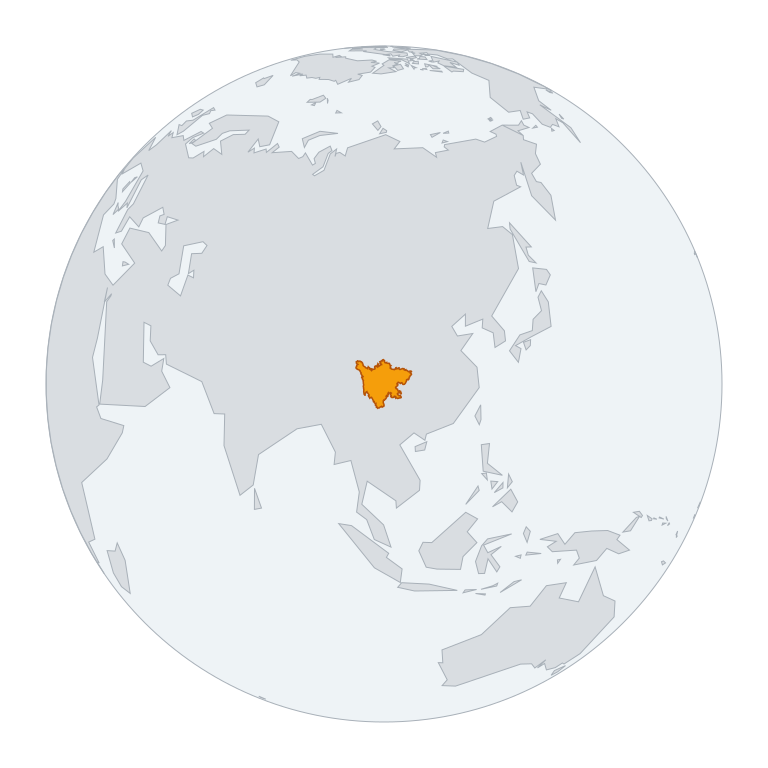 the Earth from above Sichuan
{"feature_id": "CHN-1809", "entity_name": "Sichuan", "entity_type": "Province", "adm_level": 1, "iso_a3": "CHN", "parent_name": "China", "parent_adm1": "", "projection": "orthographic", "projection_center": [103.034, 30.167], "detail": "fine", "context": "on_globe", "style": "filled", "palette": "amber", "viewbox_px": 768, "rotation_deg": 0, "n_neighbors": 0, "source": "natural_earth", "source_scale": "10m", "svg_char_len": 17228}
<svg xmlns="http://www.w3.org/2000/svg" viewBox="0 0 768 768"><circle cx="384" cy="384" r="338" fill="#eef3f6" stroke="#a8b0b8"/><path d="M700.4,501.7L699.8,503.5L699.6,504.0L700.4,501.7ZM544.2,86.5L545.7,87.4L548.6,89.2L533.9,87.2L538.7,100.7L551.2,110.3L539.8,104.8L570.9,127.7L580.5,142.7L562.9,122.8L555.8,118.7L559.0,126.8L552.5,124.4L550.3,127.3L542.2,124.2L532.5,113.8L527.1,111.9L529.7,117.9L523.2,119.2L520.2,110.5L508.6,112.2L490.2,97.4L488.9,80.4L471.9,73.1L452.7,58.9L447.7,59.0L437.3,55.0L427.6,54.0L426.8,52.6L419.8,53.2L422.4,54.8L420.2,55.8L414.8,55.7L412.8,53.4L415.2,53.2L411.8,52.5L413.1,51.7L409.4,52.0L407.6,49.9L401.3,51.9L393.1,50.3L394.1,49.0L404.6,49.2L432.8,49.9L437.0,50.3L436.4,50.2L464.4,55.8L491.8,63.7L518.5,74.0L544.2,86.5ZM385.2,46.1L387.1,46.4L375.5,46.5L363.0,46.8L361.4,46.8L385.2,46.1ZM351.3,47.7L348.1,48.0L344.2,48.4L351.3,47.7ZM696.6,255.6L697.5,257.9L695.1,252.1L695.3,252.6L696.6,255.6ZM694.3,250.8L695.0,252.2L694.6,251.4L694.3,250.8ZM694.5,251.5L694.4,251.0L694.8,252.3L694.5,251.5ZM695.1,253.5L694.6,252.2L694.8,252.6L695.1,253.5ZM694.9,254.5L694.7,254.6L694.1,252.7L694.9,254.5ZM550.5,90.0L551.1,90.3L551.0,90.7L546.4,87.8L546.5,87.7L550.5,90.0ZM549.8,92.5L545.8,89.9L552.1,92.3L552.4,93.0L549.8,92.5ZM561.6,118.3L559.1,114.1L563.8,119.1L561.6,118.3ZM551.4,128.3L554.2,130.5L551.9,131.2L551.4,128.3ZM393.4,46.5L390.3,46.4L391.5,46.3L393.4,46.5ZM397.2,46.8L400.8,46.8L403.1,47.0L400.8,47.0L397.2,46.8ZM537.4,127.2L532.8,128.1L535.8,125.3L537.4,127.2ZM392.2,47.0L406.8,47.5L410.8,48.0L405.5,48.7L392.2,47.0ZM529.0,127.5L518.0,130.8L523.2,135.5L502.2,125.1L518.5,125.2L521.4,120.7L523.8,125.1L529.0,127.5ZM425.6,55.5L422.6,53.7L430.1,55.5L425.6,55.5ZM431.0,56.4L457.3,62.1L459.0,65.2L449.9,62.4L456.1,67.2L444.0,65.8L437.9,62.9L439.1,61.0L433.5,62.1L431.0,56.4ZM492.3,119.2L488.2,118.8L490.7,117.4L492.3,119.2ZM419.9,56.4L425.1,57.0L427.0,59.6L417.0,59.0L419.6,58.3L419.9,56.4ZM463.7,69.4L463.3,71.7L453.4,71.1L451.9,72.0L443.9,66.1L463.7,69.4ZM416.4,57.6L411.8,58.7L406.0,57.5L415.0,56.1L416.4,57.6ZM431.7,60.7L432.1,62.1L428.6,61.0L431.7,60.7ZM382.8,54.7L388.9,54.8L390.4,56.0L382.8,54.7ZM410.5,59.2L412.6,59.7L413.8,60.4L409.7,60.9L410.5,59.2ZM437.5,66.4L433.4,65.9L440.3,68.7L433.1,68.8L429.0,65.1L427.8,66.8L425.6,66.9L424.7,63.8L437.5,66.4ZM409.4,63.6L401.8,59.8L390.1,59.1L388.4,57.8L407.6,59.2L409.4,63.6ZM418.5,63.9L412.5,63.4L413.5,61.7L418.2,61.2L418.5,63.9ZM429.7,70.5L441.7,71.2L442.2,72.0L429.7,70.5ZM405.8,63.7L407.7,64.7L404.9,63.8L405.8,63.7ZM422.2,68.6L426.3,68.6L426.8,69.5L422.2,68.6ZM408.1,66.9L405.6,65.5L408.7,64.9L408.1,66.9ZM414.4,67.9L414.0,69.2L411.3,65.5L416.2,67.7L414.4,67.9ZM421.9,69.5L423.5,70.1L420.1,69.4L421.9,69.5ZM397.7,70.4L393.6,65.8L400.5,64.3L403.5,68.8L397.7,70.4ZM119.7,173.4L124.7,168.5L117.4,179.3L115.9,198.5L113.9,204.0L103.5,214.9L93.8,252.2L103.2,246.7L105.0,274.0L113.0,285.2L134.7,263.1L121.7,243.9L129.9,228.1L148.8,232.6L161.7,251.0L165.4,245.5L166.0,224.5L178.0,220.1L167.3,216.7L165.0,224.4L158.2,222.9L159.9,215.9L164.1,214.4L162.8,207.3L143.2,217.9L138.8,226.9L129.7,216.8L121.4,231.2L115.7,233.0L127.7,209.6L133.4,203.9L148.1,175.0L141.3,179.8L126.9,207.9L127.4,203.1L118.0,211.4L125.5,201.4L143.1,170.9L140.9,163.1L122.4,173.8L124.4,169.1L133.2,158.0L155.7,137.3L148.7,150.6L156.5,144.8L171.4,130.6L168.0,136.3L173.2,132.6L171.9,137.7L183.2,135.6L183.9,140.4L201.1,131.5L203.7,133.1L192.8,137.6L185.5,144.0L188.7,157.8L193.1,158.0L204.0,151.4L203.5,156.7L213.7,148.6L221.8,154.4L220.5,141.1L233.3,134.6L245.1,134.3L249.1,130.1L229.8,130.8L222.3,133.4L216.3,139.3L195.8,146.2L191.9,143.5L212.5,128.3L209.3,123.3L226.8,115.0L268.1,116.1L278.8,121.8L269.6,144.8L259.8,146.7L258.2,139.0L247.9,152.2L254.4,148.1L254.0,152.9L266.1,149.0L266.4,152.4L277.5,143.5L279.2,147.1L272.2,152.7L291.6,151.4L298.6,158.5L302.8,156.7L305.4,152.9L312.5,165.1L315.4,163.4L314.1,158.6L318.9,152.2L330.2,146.1L332.0,150.6L328.2,153.4L323.0,166.8L312.6,174.4L314.5,175.8L324.0,170.3L330.3,153.9L336.6,149.0L335.0,156.5L336.1,153.4L339.8,152.4L345.2,156.0L347.6,147.8L385.7,134.7L399.9,141.5L394.2,148.9L422.8,147.7L436.6,157.3L435.4,152.6L448.3,150.1L444.2,146.9L444.6,144.6L475.8,139.1L484.6,142.1L496.6,136.4L496.0,134.2L490.2,131.5L502.2,125.1L523.2,135.5L523.5,139.7L536.5,144.2L535.4,153.6L540.4,164.2L531.6,173.3L536.4,181.6L541.0,182.5L550.9,195.3L555.5,220.1L531.7,195.8L520.8,162.2L523.5,175.0L516.9,171.2L514.2,175.5L516.6,185.2L520.6,186.8L493.8,201.2L487.7,228.5L502.6,226.6L512.4,234.6L518.5,268.6L491.7,316.0L504.4,330.8L505.5,340.9L495.0,347.5L493.2,332.8L482.2,327.9L482.8,319.1L465.4,326.2L465.4,314.1L451.8,326.4L457.4,336.0L472.8,333.5L460.9,350.6L477.0,367.2L479.2,387.6L453.3,423.5L426.4,434.1L424.9,440.3L414.0,432.9L399.8,444.9L420.1,480.3L419.5,490.3L396.4,508.1L395.9,500.8L367.2,481.2L361.8,504.3L383.6,524.9L391.0,547.1L374.3,539.5L366.7,519.6L356.6,512.1L359.3,492.0L350.9,460.5L334.1,464.5L335.4,452.1L321.3,424.3L297.0,428.8L258.5,454.6L253.2,485.0L240.0,495.3L224.0,445.6L224.7,414.0L214.1,413.6L201.8,381.6L166.4,364.1L165.7,354.7L158.1,354.8L150.2,340.9L150.9,325.8L144.0,322.3L143.3,362.2L151.1,366.2L163.8,358.5L161.7,371.2L169.9,387.6L145.1,406.5L99.7,404.1L102.7,380.0L106.7,301.7L110.8,296.0L111.1,295.2L111.6,293.7L104.3,302.1L107.5,287.5L97.4,338.2L92.5,357.4L99.0,405.0L96.6,406.9L100.9,418.5L123.8,425.6L122.3,432.8L107.0,458.9L81.7,482.5L89.4,515.5L94.9,539.2L88.7,542.1L98.9,562.5L97.1,562.0L103.4,572.2L104.3,573.7L91.7,553.5L80.5,532.5L70.8,510.8L62.6,488.4L56.1,465.5L51.1,442.2L47.9,418.6L46.3,394.8L46.3,371.0L48.1,347.3L51.5,323.7L56.6,300.4L63.3,277.6L71.6,255.2L81.4,233.5L92.8,212.6L105.6,192.5L119.7,173.4ZM167.8,285.2L180.5,295.9L187.9,275.1L193.5,277.8L193.9,270.2L188.4,273.6L191.6,253.7L201.8,253.3L207.0,245.5L203.0,241.7L183.7,245.8L179.0,273.8L170.5,278.3L167.8,285.2ZM203.2,110.1L198.4,114.4L192.5,116.9L191.7,113.3L200.3,109.3L203.2,110.1ZM193.0,120.2L213.6,107.6L215.0,110.1L210.7,110.7L209.5,113.6L202.4,115.4L183.4,131.2L177.0,134.7L179.1,124.6L181.9,125.6L186.4,121.0L193.0,120.2ZM264.1,78.6L273.1,75.4L264.3,84.8L257.0,86.9L255.7,82.7L263.7,77.9L264.1,78.6ZM380.0,49.1L384.0,48.8L384.6,49.2L381.7,49.8L380.0,49.1ZM385.5,54.6L363.2,51.5L366.6,50.8L349.4,50.9L351.8,49.3L362.8,49.0L351.8,48.5L362.7,47.6L354.2,47.7L378.6,47.3L388.0,47.3L376.6,47.8L374.2,49.1L376.0,49.7L388.0,51.6L407.0,53.0L407.6,55.3L403.0,56.7L398.5,56.6L399.5,55.0L392.8,56.2L390.9,53.9L385.5,54.6ZM348.5,82.2L351.5,78.3L337.7,84.3L335.7,80.3L334.2,81.3L328.6,79.5L319.1,79.4L319.8,77.4L315.8,78.3L312.0,77.5L306.8,78.1L306.1,75.1L299.7,75.8L303.0,74.0L292.1,76.2L299.9,73.3L295.7,72.6L290.4,75.8L299.2,62.0L297.0,59.9L290.8,60.2L305.0,56.3L319.8,54.1L332.8,54.1L333.0,57.3L339.4,55.4L341.3,56.6L335.5,57.5L345.7,56.8L345.7,58.2L357.4,60.8L372.0,60.0L376.6,61.3L370.9,62.4L379.5,63.1L371.9,66.2L375.0,67.4L370.6,72.1L357.7,74.2L362.2,75.4L359.0,79.6L348.5,82.2ZM396.0,71.6L381.1,73.9L372.7,73.2L383.9,65.4L382.2,63.9L389.1,59.8L401.1,61.2L398.1,62.1L397.9,63.4L394.2,62.4L397.0,64.2L392.8,65.8L393.9,67.7L388.8,67.9L396.0,71.6ZM118.2,202.5L117.9,205.6L118.8,209.0L113.0,214.6L118.2,202.5ZM129.7,181.6L130.3,183.0L122.5,191.7L122.9,188.9L129.7,181.6ZM137.4,176.8L131.0,182.4L134.7,177.7L137.4,176.8ZM194.1,138.9L195.6,140.4L193.1,142.3L189.2,143.7L194.1,138.9ZM307.1,102.3L310.2,99.4L312.2,99.5L323.4,95.2L325.8,98.3L320.0,102.1L307.1,102.3ZM128.7,264.3L122.4,265.9L123.0,261.7L125.0,262.0L128.7,264.3ZM114.3,239.0L114.4,248.0L112.7,240.5L114.3,239.0ZM311.5,104.9L315.8,102.6L314.4,105.6L311.5,104.9ZM328.1,100.4L327.5,103.5L327.3,98.2L328.1,100.4ZM258.8,696.2L265.8,699.2L261.1,697.7L258.8,696.2ZM125.1,560.3L130.2,593.4L121.5,586.7L113.4,572.9L107.1,550.6L115.1,551.1L117.2,542.9L125.1,560.3ZM475.5,593.5L485.4,593.9L485.0,595.1L475.5,593.5ZM465.1,589.9L476.6,589.5L463.1,592.8L465.1,589.9ZM481.0,589.3L492.7,585.8L497.7,583.2L496.7,586.0L481.0,589.3ZM457.3,590.4L414.6,591.0L397.7,587.3L401.7,582.7L429.1,584.1L457.3,590.4ZM400.3,582.5L374.4,567.8L338.7,523.6L351.5,525.6L388.7,553.3L386.4,557.4L402.1,568.9L400.3,582.5ZM463.0,556.6L460.5,569.4L437.0,569.1L426.2,567.2L418.8,550.8L423.0,542.3L431.8,542.6L465.7,512.3L477.6,518.9L467.2,531.8L476.9,542.6L463.0,556.6ZM254.5,488.3L261.5,508.1L254.4,509.4L254.5,488.3ZM479.2,490.4L465.7,504.4L478.0,486.0L479.2,490.4ZM486.4,473.1L487.3,479.9L481.7,473.6L486.4,473.1ZM424.7,450.0L415.4,451.5L415.1,446.6L426.8,441.7L424.7,450.0ZM480.7,404.8L481.0,419.6L479.3,424.7L474.9,416.0L480.7,404.8ZM338.0,133.4L319.9,135.5L308.4,140.2L304.4,147.5L302.3,138.7L320.0,131.3L338.0,133.4ZM379.6,133.8L383.0,128.3L386.7,130.7L386.4,132.3L379.6,133.8ZM377.9,130.4L372.4,123.9L377.7,120.9L381.0,126.6L377.9,130.4ZM341.3,112.8L335.7,113.0L337.0,110.4L341.3,112.8ZM551.1,675.3L554.4,670.6L565.5,665.6L557.8,671.7L551.1,675.3ZM520.6,664.1L455.5,686.1L442.1,685.6L447.2,679.8L438.3,662.6L442.8,662.8L442.0,649.9L481.4,634.6L510.2,607.7L530.1,606.2L546.4,585.7L566.3,582.7L559.2,598.0L578.5,601.8L595.1,566.9L603.4,595.7L615.0,601.0L614.1,616.9L580.1,653.6L564.0,664.0L562.4,663.0L555.3,667.6L546.4,669.9L544.6,663.5L537.5,667.9L545.8,659.8L534.8,668.0L531.6,663.8L520.6,664.1ZM661.5,561.7L663.5,560.9L665.5,562.9L662.4,564.9L661.5,561.7ZM695.0,514.2L694.9,515.4L693.2,518.6L695.0,514.2ZM699.6,504.0L697.5,508.2L700.4,501.7L699.6,504.0ZM676.6,535.1L677.2,536.1L676.2,537.6L676.6,535.1ZM675.8,535.2L677.6,531.0L676.9,534.3L675.8,535.2ZM667.5,525.6L669.1,522.9L669.6,523.9L667.5,525.6ZM500.1,592.5L514.1,581.6L521.6,579.8L500.1,592.5ZM665.8,523.2L662.1,525.1L662.7,523.0L665.8,523.2ZM666.3,518.8L666.1,516.4L667.9,521.1L666.3,518.8ZM659.6,517.0L663.9,519.1L659.1,517.9L659.6,517.0ZM656.9,519.2L653.6,518.8L653.9,517.9L656.9,519.2ZM616.9,539.6L629.5,550.1L618.7,553.8L606.8,548.4L596.5,560.5L573.7,565.0L579.3,558.1L576.5,550.1L552.3,551.7L547.4,546.8L556.2,541.3L539.9,539.4L557.8,533.6L564.9,544.3L574.9,532.7L591.7,531.0L607.6,530.5L620.0,535.2L616.9,539.6ZM557.4,559.9L560.5,559.3L557.7,563.3L557.4,559.9ZM647.3,515.5L652.1,518.8L651.4,520.5L649.0,520.8L647.3,515.5ZM622.9,532.1L636.4,517.4L639.5,516.4L630.5,530.8L622.9,532.1ZM633.4,512.3L639.4,511.3L642.5,515.5L641.2,517.5L633.4,512.3ZM521.1,554.9L520.3,558.3L515.6,556.3L521.1,554.9ZM527.2,552.1L541.2,553.5L525.8,555.1L527.2,552.1ZM483.6,545.1L487.8,552.7L501.3,546.4L491.0,554.7L499.9,566.8L496.8,571.9L488.0,558.8L484.6,573.4L478.6,573.6L475.5,561.5L481.6,545.8L487.6,538.9L511.7,533.9L483.6,545.1ZM527.1,542.4L523.4,533.5L526.2,526.8L530.3,531.3L527.1,542.4ZM512.0,511.9L501.7,501.7L492.5,506.8L510.8,489.2L517.7,501.9L512.0,511.9ZM502.9,487.9L494.3,492.6L503.0,482.5L502.9,487.9ZM492.0,489.0L490.8,481.1L497.7,481.6L492.0,489.0ZM507.4,487.8L508.6,474.1L512.3,481.7L507.4,487.8ZM487.4,463.3L502.4,475.3L483.2,471.2L481.3,444.7L489.5,443.5L487.4,463.3ZM526.1,349.9L523.5,342.3L530.6,339.7L530.3,345.6L526.1,349.9ZM551.1,326.4L531.6,336.6L515.5,345.6L521.0,348.6L518.4,362.3L509.5,350.8L519.9,334.9L532.3,330.6L533.1,319.3L541.5,310.7L538.0,297.2L541.3,290.8L548.3,301.9L551.1,326.4ZM535.9,291.7L532.7,267.9L546.5,269.4L550.3,274.9L545.9,285.0L538.9,283.5L535.9,291.7ZM536.0,262.9L529.2,261.5L510.1,229.0L509.5,222.8L531.3,246.9L526.0,247.1L528.3,255.2L536.0,262.9ZM490.1,121.2L488.4,119.1L492.1,120.6L490.1,121.2ZM442.0,143.0L443.2,140.0L447.5,141.6L442.0,143.0ZM448.8,133.1L443.1,133.3L448.3,131.1L448.8,133.1ZM430.4,134.6L440.4,132.5L432.0,137.3L430.4,134.6Z" fill="#d9dde1" stroke="#a8b0b8" stroke-width="1"/><path d="M411.3,371.4L410.6,371.6L410.9,372.0L410.5,372.1L410.1,372.9L410.2,373.0L411.3,373.7L411.4,373.9L411.5,374.3L411.1,374.6L411.0,375.1L410.7,375.4L410.1,375.7L409.9,376.7L409.2,377.2L409.2,377.4L409.1,378.3L408.7,378.8L408.9,379.0L408.8,379.3L408.2,379.8L408.1,379.7L407.7,379.3L407.4,379.6L406.7,379.6L406.5,379.9L406.4,380.2L406.6,380.7L406.5,381.0L406.2,381.5L405.4,383.2L404.4,384.3L404.0,384.3L403.2,384.5L402.9,384.4L402.4,383.7L402.2,383.1L401.9,382.7L401.6,382.9L401.3,382.8L401.2,383.1L400.7,383.2L400.3,383.5L399.7,382.8L398.6,382.5L398.2,382.2L398.0,382.3L397.7,382.9L397.7,383.2L397.3,383.2L397.2,383.3L397.3,383.6L396.9,383.8L396.9,384.0L397.9,384.7L397.7,385.1L397.7,385.6L397.0,385.9L396.8,386.4L396.6,386.4L396.4,386.6L396.1,386.7L395.6,387.3L395.6,387.8L395.7,388.0L396.2,388.2L396.2,388.7L396.5,388.9L397.5,389.1L397.9,390.6L398.2,391.1L398.6,391.2L399.3,390.8L399.9,391.1L400.2,391.2L400.6,391.3L400.8,392.4L401.3,393.1L401.3,393.4L401.0,393.8L400.8,393.3L400.3,393.1L399.2,392.1L398.9,392.5L398.8,393.0L398.2,393.1L397.9,393.1L397.7,393.2L397.6,393.5L397.4,393.7L397.6,394.0L397.6,394.7L398.7,395.1L398.9,395.7L399.5,395.8L400.0,395.5L400.3,395.7L400.5,395.8L400.5,396.2L401.0,396.5L401.2,397.5L400.7,397.9L400.0,397.8L399.7,398.0L399.0,398.0L398.7,398.3L398.2,398.3L397.6,398.5L397.0,398.0L396.8,397.9L396.2,398.0L395.8,398.3L395.4,397.5L395.6,397.1L395.7,396.7L395.3,396.7L395.1,396.3L394.5,396.2L394.1,396.4L394.0,397.0L393.7,397.3L393.1,397.5L392.7,397.4L392.1,397.6L391.6,397.4L390.9,396.8L390.8,396.5L391.3,396.2L391.1,395.6L391.2,395.4L391.0,395.1L390.5,394.9L390.4,394.7L390.3,393.6L391.0,393.4L391.3,393.1L391.0,392.9L390.5,393.0L390.3,392.8L390.2,393.0L389.5,393.1L389.2,393.0L388.9,393.1L388.4,393.0L388.3,392.8L387.9,393.6L388.4,394.8L387.6,395.5L387.2,395.2L386.8,395.3L386.6,395.7L386.2,396.0L386.1,396.5L386.4,396.6L386.5,396.9L386.8,396.9L386.5,397.1L386.4,397.7L386.2,398.2L385.3,398.9L385.4,399.2L385.0,399.3L384.5,400.2L383.8,400.4L383.6,400.2L383.2,401.0L383.4,401.9L383.2,402.5L383.3,402.7L383.3,403.1L383.7,403.7L384.0,404.7L384.0,405.0L384.1,405.3L384.0,405.6L383.8,405.7L383.8,406.2L383.8,406.4L383.6,406.5L383.2,406.4L382.1,407.2L381.8,407.0L381.8,406.5L381.5,406.3L381.2,406.6L380.7,406.7L380.3,407.1L379.9,407.2L379.1,408.0L378.1,407.9L377.7,408.3L377.4,408.0L377.3,407.5L376.8,407.1L376.5,407.3L376.3,407.2L376.3,406.8L376.6,406.5L376.7,406.3L376.1,405.6L375.7,405.4L375.4,405.1L375.9,404.3L375.9,403.9L375.6,404.2L375.4,404.2L375.1,403.4L374.1,402.4L374.1,402.2L374.3,401.6L374.2,401.4L373.9,401.4L373.5,401.5L373.4,401.5L373.2,400.4L373.0,399.9L372.7,399.7L372.7,399.3L371.6,397.4L371.4,397.3L371.0,397.7L370.4,397.5L369.8,398.2L369.7,398.0L369.7,397.4L369.2,397.2L368.6,396.3L368.4,395.6L369.1,395.2L369.0,394.7L368.3,393.9L368.0,393.3L367.5,393.0L367.4,392.6L366.9,392.1L366.9,391.6L366.3,391.8L366.2,392.1L365.9,392.4L365.7,393.1L365.2,393.3L365.2,393.8L365.1,394.5L365.2,395.0L365.1,395.7L365.0,395.4L364.5,394.8L364.5,394.6L364.3,394.4L363.9,393.9L364.0,393.5L364.0,392.9L363.8,392.5L363.7,391.5L363.8,390.7L363.8,389.2L363.6,388.7L363.5,387.2L363.3,386.7L363.4,386.0L363.4,385.7L363.7,385.1L363.6,384.3L363.4,383.8L363.3,381.9L363.2,381.7L363.2,381.2L363.1,380.7L363.4,380.3L362.5,379.4L362.6,378.7L362.3,378.3L362.1,377.9L361.7,377.7L361.8,377.5L361.8,377.0L361.9,376.8L362.1,376.8L362.5,377.3L363.1,376.6L361.7,375.1L361.6,374.7L360.9,373.8L360.9,373.4L361.1,373.3L361.1,372.8L360.4,371.9L360.0,371.2L360.0,370.6L359.4,370.3L359.1,369.9L357.3,369.3L357.1,368.9L356.9,368.9L356.2,368.4L356.1,368.0L356.0,367.2L356.2,366.9L356.7,366.6L356.6,365.9L356.7,365.5L357.3,364.7L357.8,364.6L358.0,364.4L356.9,363.9L356.7,363.3L356.5,363.2L356.3,363.0L356.4,362.3L356.3,361.7L357.5,361.2L357.6,360.8L357.8,360.8L358.1,361.0L358.2,361.6L358.8,361.5L359.6,361.1L360.5,361.3L360.8,361.8L361.5,361.8L362.5,363.0L362.4,363.3L362.9,364.0L363.1,364.8L363.0,365.2L363.5,366.0L365.1,366.9L365.5,367.7L366.6,368.0L367.5,368.6L367.8,367.5L368.2,367.4L368.3,366.9L368.7,367.4L369.2,367.5L369.7,368.1L369.7,368.6L369.5,369.1L370.0,369.3L370.2,368.7L370.9,368.6L371.4,369.0L371.7,369.7L371.2,370.3L371.5,370.7L371.9,370.4L372.1,369.6L372.3,369.3L372.3,369.0L373.1,369.2L373.5,369.4L374.2,369.1L374.5,369.2L374.8,369.1L375.1,368.3L375.0,368.0L374.7,367.7L374.6,366.9L374.9,366.3L375.6,366.0L375.8,366.2L376.0,365.9L376.6,366.1L377.0,366.6L377.6,365.7L377.3,365.4L377.3,365.0L377.4,364.8L377.8,364.5L377.9,363.7L378.3,364.1L378.4,364.3L378.5,364.7L378.4,365.3L378.0,365.8L378.2,366.2L378.2,366.6L378.8,366.0L379.4,366.0L379.6,365.5L380.1,365.4L380.3,365.0L380.8,364.9L381.2,364.6L381.3,364.6L381.1,364.2L381.3,364.1L380.7,363.7L380.5,363.4L380.6,363.0L380.4,363.0L380.5,362.9L380.1,362.6L380.2,362.4L379.8,361.7L380.3,361.5L380.8,361.5L381.2,361.0L382.1,360.9L381.8,360.6L382.4,360.1L382.7,359.8L383.4,359.6L383.9,360.2L384.5,360.5L384.6,361.8L384.8,362.1L384.8,362.5L385.0,362.7L385.3,362.8L385.7,362.8L386.5,362.5L386.4,363.0L387.0,363.1L387.6,363.3L388.3,363.3L389.2,363.3L389.5,363.5L389.6,363.8L389.6,364.4L390.2,365.1L390.7,365.4L390.2,365.6L390.2,366.1L390.8,367.1L390.7,367.5L390.4,367.5L390.2,367.7L390.2,368.1L390.3,368.3L390.8,368.4L391.7,369.2L392.9,369.3L393.3,369.5L394.0,369.3L394.3,369.6L394.7,369.2L395.1,369.3L395.9,368.7L395.6,368.1L395.7,367.8L395.9,367.7L396.2,367.6L396.5,368.3L396.6,368.7L396.8,368.9L397.3,368.6L397.7,368.6L398.1,368.0L399.1,367.8L399.2,368.0L399.0,368.5L399.0,368.8L399.3,369.2L399.9,369.5L400.1,369.5L400.6,369.2L401.8,368.9L402.3,368.5L402.9,368.7L403.9,368.6L404.2,368.9L404.0,369.7L404.1,369.8L405.0,370.2L405.6,369.7L405.9,369.6L406.0,370.4L407.0,370.4L407.6,370.9L408.0,371.4L408.7,371.8L408.8,371.8L408.8,371.5L409.0,371.3L409.7,371.2L410.0,371.0L411.0,371.0L411.3,371.4Z" fill="#f59e0b" stroke="#b45309" stroke-width="1.5"/></svg>